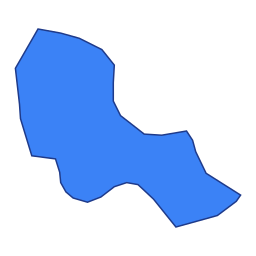 outline of Gangnam-gu, Seoul, South Korea
{"feature_id": "91817680B53321453404308", "entity_name": "Gangnam-gu", "entity_type": "district", "adm_level": 2, "iso_a3": "KOR", "parent_name": "South Korea", "parent_adm1": "Seoul", "projection": "mercator", "projection_center": [127.072, 37.488], "detail": "fine", "context": "isolated", "style": "filled", "palette": "blue", "viewbox_px": 256, "rotation_deg": 0, "n_neighbors": 0, "source": "geoboundaries", "source_scale": "gbopen_adm2", "svg_char_len": 540}
<svg xmlns="http://www.w3.org/2000/svg" viewBox="0 0 256 256"><path d="M240.6,195.1L206.1,173.3L195.7,151.7L192.6,140.3L186.5,131.0L161.7,135.2L144.2,134.1L120.5,115.6L113.3,101.1L113.3,82.6L114.3,65.1L101.9,49.6L95.3,46.3L79.3,38.3L60.7,33.1L38.0,29.0L33.2,37.4L15.4,68.3L19.5,104.2L20.5,118.7L31.8,155.8L55.5,158.9L59.7,172.3L60.7,182.6L65.9,191.9L73.1,198.0L87.5,202.2L100.9,197.0L114.3,186.7L126.7,182.6L138.0,184.6L153.5,199.1L175.9,227.0L217.4,215.5L236.3,201.3L240.6,195.1Z" fill="#3b82f6" stroke="#1e3a8a" stroke-width="1.5"/></svg>